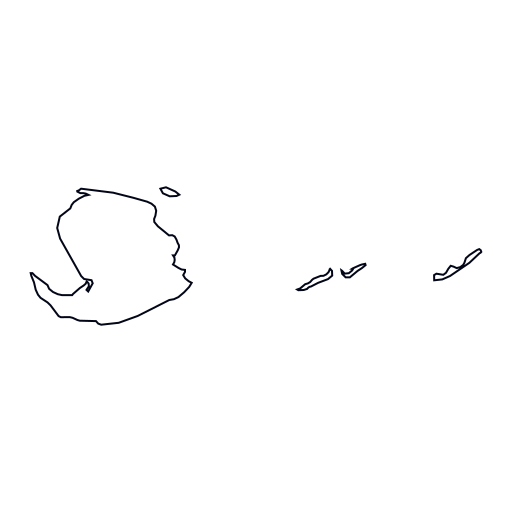 an SVG outline of Isla de la Juventud
{"feature_id": "CUB-1320", "entity_name": "Isla de la Juventud", "entity_type": "Special Municipality", "adm_level": 1, "iso_a3": "CUB", "parent_name": "Cuba", "parent_adm1": "", "projection": "orthographic", "projection_center": [-82.43, 21.696], "detail": "fine", "context": "isolated", "style": "outline", "palette": "ink", "viewbox_px": 512, "rotation_deg": 0, "n_neighbors": 0, "source": "natural_earth", "source_scale": "10m", "svg_char_len": 2117}
<svg xmlns="http://www.w3.org/2000/svg" viewBox="0 0 512 512"><path d="M185.0,271.9L183.2,275.1L185.2,278.4L188.8,281.3L191.7,282.8L189.2,286.9L184.1,292.3L178.4,297.1L173.9,299.2L169.3,300.0L137.6,316.0L118.7,322.8L101.2,324.7L98.2,323.6L96.0,321.1L79.8,320.7L77.4,320.0L72.6,317.8L69.7,317.1L60.8,317.2L58.6,316.1L50.5,305.3L47.5,302.4L40.5,297.8L38.0,294.7L35.7,289.7L34.0,282.4L31.3,275.8L30.7,273.1L32.4,273.1L35.1,275.9L47.5,285.1L49.1,288.8L53.0,292.0L57.8,294.2L61.9,295.1L72.2,295.1L73.0,294.0L79.9,288.0L83.8,285.4L85.7,283.7L86.6,281.6L87.3,281.9L88.6,283.5L88.9,286.2L86.5,289.9L88.2,291.5L92.7,283.3L91.5,280.2L84.1,279.0L81.2,276.1L60.1,238.6L57.2,228.0L59.8,216.6L70.3,208.4L71.7,204.9L73.8,202.2L78.8,198.7L84.4,195.8L88.5,194.9L85.8,193.6L83.1,193.1L80.3,193.1L77.3,191.6L77.2,191.0L78.8,190.4L81.1,188.7L113.2,192.7L133.4,197.8L147.2,201.7L151.5,203.7L154.9,206.6L156.2,210.8L155.4,215.7L154.1,219.0L154.3,222.0L157.9,226.3L169.0,235.4L172.3,235.2L174.7,236.5L176.4,239.5L177.6,242.8L178.9,245.2L179.0,247.3L177.7,250.4L174.9,255.4L173.0,255.4L174.4,257.6L174.7,259.9L174.3,262.2L173.0,264.5L178.6,268.0L181.6,269.5L185.0,269.9L185.0,271.9ZM480.6,252.7L479.5,253.3L469.4,262.8L450.0,276.0L442.3,279.4L434.2,280.3L434.1,275.1L436.4,273.7L443.3,274.8L446.0,272.8L448.3,268.8L450.7,265.8L453.5,266.6L456.7,268.1L460.3,267.1L463.2,264.9L464.4,262.8L465.9,258.2L469.5,255.0L477.2,249.9L479.2,249.1L480.7,250.2L481.3,251.9L480.6,252.7ZM330.1,268.8L332.0,270.9L332.2,275.6L328.0,279.1L318.2,282.8L311.0,286.5L309.4,286.9L308.1,287.8L307.1,288.9L303.7,290.0L298.3,290.2L297.2,289.5L300.2,288.4L305.2,284.2L307.9,283.4L310.2,282.0L312.0,279.9L313.5,278.7L320.6,275.9L323.5,275.8L326.3,274.4L328.5,272.2L329.4,270.3L329.7,269.2L330.1,268.8ZM361.9,264.5L365.2,263.8L365.6,265.1L361.9,268.1L357.6,270.9L349.9,277.3L345.6,277.3L342.2,273.9L341.4,270.3L342.1,270.8L344.7,273.6L348.8,273.2L352.1,270.5L353.1,268.9L352.1,268.8L352.9,268.3L360.3,265.0L361.9,264.5ZM166.0,187.3L175.3,191.5L179.3,194.7L176.5,196.0L169.7,196.3L162.9,193.3L160.4,188.7L166.0,187.3Z" fill="none" stroke="#020617" stroke-width="2"/></svg>